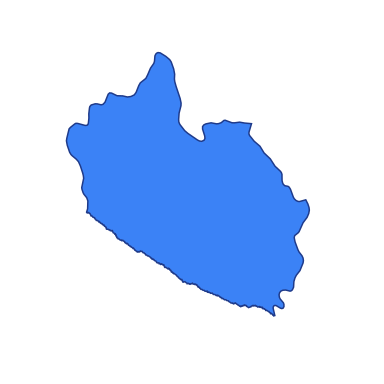 outline of La Laguna de Nisibón, La Altagracia, Dominican Republic, rotated 162°
{"feature_id": "3306468B28180088914928", "entity_name": "La Laguna de Nisibón", "entity_type": "district", "adm_level": 2, "iso_a3": "DOM", "parent_name": "Dominican Republic", "parent_adm1": "La Altagracia", "projection": "equal_earth", "projection_center": [-68.715, 18.868], "detail": "fine", "context": "isolated", "style": "filled", "palette": "blue", "viewbox_px": 384, "rotation_deg": 162, "n_neighbors": 0, "source": "geoboundaries", "source_scale": "gbopen_adm2", "svg_char_len": 5921}
<svg xmlns="http://www.w3.org/2000/svg" viewBox="0 0 384 384"><g transform="rotate(162 192 192)"><path d="M86.2,149.4L92.7,149.7L94.1,150.3L95.7,151.8L96.8,153.9L97.2,155.7L97.5,164.2L98.1,166.6L98.9,167.7L101.8,169.3L102.8,171.1L103.0,172.6L102.8,175.1L101.0,180.9L101.0,182.6L101.4,184.2L105.1,190.9L107.3,199.3L111.4,206.9L113.2,214.5L117.2,221.1L119.8,228.0L119.9,229.7L119.3,231.3L114.3,238.6L120.8,241.4L125.1,243.7L130.4,244.7L132.6,245.5L138.3,250.0L139.5,250.2L142.8,248.9L145.5,248.8L147.5,249.2L152.5,251.9L157.8,252.5L159.9,252.2L161.7,251.0L162.5,248.6L162.6,241.4L163.1,239.0L164.5,237.5L167.1,237.2L169.0,238.1L170.6,239.6L177.8,249.0L180.0,252.6L182.7,260.1L182.9,262.7L182.3,265.1L179.9,271.0L175.8,277.5L174.9,280.0L174.4,284.7L174.5,297.4L174.3,302.2L173.8,304.9L172.1,309.4L171.4,314.7L171.6,322.1L172.3,324.7L175.0,329.1L179.2,334.1L181.2,335.1L182.5,335.0L183.8,334.4L185.2,332.9L187.3,327.9L188.6,326.1L193.2,322.6L198.0,317.1L200.8,314.3L207.4,311.8L209.7,309.7L214.4,304.0L216.9,302.2L220.5,301.7L224.0,302.3L228.2,304.8L233.5,306.7L237.9,310.9L239.7,311.7L241.5,310.9L247.0,304.3L249.5,302.9L251.5,303.0L254.9,305.1L256.9,305.8L261.0,305.9L262.7,304.9L263.5,303.7L266.0,298.2L267.2,294.2L269.3,289.5L270.1,288.4L271.2,287.9L273.0,288.3L279.6,292.6L281.3,293.2L282.4,293.0L287.7,291.0L289.4,290.0L294.4,281.9L295.6,279.5L296.2,275.0L296.1,267.6L295.5,265.0L294.7,263.4L292.0,259.1L290.6,255.9L290.1,251.3L290.1,243.8L290.3,241.1L290.8,238.5L295.5,230.3L295.8,228.6L295.8,225.0L295.5,223.3L293.9,219.1L293.8,215.7L296.5,208.2L298.5,205.4L298.4,204.9L297.9,204.9L297.9,204.6L297.3,204.6L297.3,204.2L296.5,204.2L296.2,203.4L295.7,203.1L295.4,200.5L294.8,200.5L294.8,200.1L294.3,199.7L294.0,198.6L293.2,198.2L292.9,197.5L292.6,197.5L292.6,196.4L292.1,196.0L291.8,194.5L290.7,194.1L290.1,193.0L289.8,193.0L289.8,192.3L289.3,192.3L289.3,191.9L288.7,191.5L288.7,190.8L288.4,190.8L287.9,189.7L287.3,189.7L286.8,188.2L286.5,188.2L286.2,187.4L285.7,187.4L285.7,186.3L285.1,185.9L284.8,184.8L284.6,184.8L284.6,184.5L284.8,184.5L284.8,183.3L284.6,183.3L284.6,183.0L282.9,182.2L282.6,181.5L282.1,181.5L281.8,180.7L281.2,180.7L281.0,180.0L279.9,180.0L279.9,179.6L279.6,179.6L279.6,177.7L278.5,176.6L278.5,175.9L277.9,175.9L277.9,174.8L277.6,174.8L277.6,174.4L277.9,174.4L277.9,174.0L277.6,174.0L277.6,172.5L277.4,172.5L277.4,171.4L276.8,171.0L276.8,170.3L276.0,169.9L275.1,168.4L274.0,168.1L274.0,167.7L273.5,167.7L273.5,167.3L272.6,167.3L272.4,166.6L271.5,165.8L271.5,165.1L271.3,165.1L271.2,164.3L270.7,164.0L270.7,163.6L270.4,163.2L269.9,163.2L269.9,162.9L269.3,162.9L269.0,161.7L268.8,161.7L268.8,161.0L267.9,160.2L267.7,159.5L267.4,159.5L267.1,158.8L266.8,158.8L266.8,158.4L266.0,157.6L265.7,156.9L265.4,156.9L265.4,156.5L264.9,156.5L264.3,154.3L264.0,154.3L263.5,153.2L262.7,152.4L262.7,152.1L262.1,152.1L262.1,151.7L260.7,151.7L260.7,151.3L259.1,151.7L259.1,151.3L257.7,150.9L257.4,149.5L256.4,149.1L256.3,148.3L255.5,147.6L255.5,146.5L254.6,146.1L254.1,145.0L253.0,144.6L252.7,143.9L251.6,142.7L251.6,142.0L251.0,141.6L251.0,140.9L250.5,140.9L250.2,140.1L249.6,140.1L249.4,139.4L249.1,139.4L248.8,138.3L247.7,137.5L247.4,136.0L247.1,136.0L246.9,135.3L245.5,134.9L245.5,134.2L245.2,134.2L245.2,133.8L244.6,133.8L244.1,132.7L243.8,132.7L243.8,133.1L243.0,133.1L242.2,131.6L241.6,131.6L241.6,131.2L241.3,131.2L241.3,129.3L241.0,129.3L241.0,128.6L239.9,128.2L238.8,126.4L238.3,126.4L238.3,126.7L238.0,126.7L238.0,126.0L237.2,126.0L237.2,124.9L236.9,124.9L236.6,123.8L236.3,123.8L236.3,122.3L235.8,122.3L235.8,121.9L235.2,121.5L235.2,120.8L234.9,120.8L234.7,120.0L234.1,120.0L233.0,118.2L232.5,117.8L232.2,116.3L231.6,115.9L231.3,114.5L230.2,113.3L230.2,112.6L229.4,112.2L229.4,111.9L228.8,111.9L228.8,111.1L228.6,111.1L228.6,109.6L228.3,109.6L228.3,109.2L227.7,109.2L227.7,108.9L226.4,108.9L225.5,107.4L225.0,107.0L225.0,106.3L223.9,106.3L223.9,105.9L222.7,105.5L222.7,105.1L221.6,105.1L221.6,104.8L219.7,105.1L219.4,104.0L218.0,103.7L218.0,103.3L217.2,103.3L216.9,102.5L216.4,102.5L216.4,102.2L216.1,102.2L215.8,100.3L215.5,100.3L215.5,99.9L215.0,99.9L215.0,99.2L214.4,98.8L214.4,98.1L213.9,97.7L213.6,96.6L212.5,96.2L211.9,95.1L210.8,94.7L210.3,93.6L208.9,93.2L208.9,92.9L208.1,92.9L208.1,92.1L207.8,92.1L207.8,91.7L206.7,91.4L206.7,91.0L205.8,90.6L205.6,89.9L203.9,89.5L203.4,88.0L201.7,87.3L201.1,86.2L200.3,86.2L200.3,85.8L199.8,85.8L199.8,85.4L198.9,85.4L198.6,84.7L197.8,83.9L197.8,83.2L197.0,82.8L197.0,82.4L196.4,82.1L196.4,81.3L195.3,81.0L194.5,79.5L193.1,79.1L192.5,78.0L190.9,77.2L190.9,76.5L189.5,75.0L189.2,74.3L187.8,73.9L187.8,73.5L187.0,73.1L187.0,72.8L186.7,72.8L186.7,73.1L185.3,73.1L185.3,72.8L184.8,72.8L184.2,71.6L183.4,70.9L183.4,70.5L182.6,69.8L182.0,68.7L181.5,68.7L181.2,67.9L180.1,67.9L180.1,68.3L179.5,68.3L179.5,67.9L178.7,67.9L178.7,68.3L177.0,68.3L177.0,67.9L176.5,67.9L176.5,67.6L175.4,67.2L175.4,66.4L175.1,66.4L174.0,64.6L171.5,64.6L171.5,64.9L169.3,65.3L169.3,64.9L168.4,64.9L168.4,64.6L167.0,64.6L167.0,64.2L166.5,64.2L166.2,63.5L165.7,63.5L165.1,62.3L163.7,62.3L163.7,62.0L163.2,62.0L163.2,61.6L162.6,61.6L162.6,61.2L161.5,60.9L161.5,60.5L160.7,60.5L160.7,59.4L160.4,59.4L160.4,59.0L159.3,58.6L159.3,58.2L158.5,57.5L158.5,56.8L158.2,56.8L158.2,56.4L157.1,56.0L156.2,54.5L155.7,54.5L155.4,53.4L154.9,53.0L154.9,52.3L154.6,52.3L154.6,51.9L154.0,51.9L153.7,51.2L153.2,50.8L153.2,50.1L152.9,50.1L152.6,48.9L151.4,48.9L150.8,56.0L150.4,57.4L149.4,58.4L148.2,58.5L147.1,58.0L143.8,54.2L142.7,53.4L141.4,53.3L140.0,54.5L139.3,56.7L139.3,58.3L141.2,63.1L141.4,64.8L141.0,67.3L139.8,69.2L138.0,70.3L135.9,70.5L133.2,69.8L129.3,67.4L127.9,67.4L126.7,68.0L124.8,70.1L122.8,75.3L120.6,78.5L118.5,80.6L113.6,83.9L108.3,90.2L107.2,92.4L106.8,94.9L107.1,97.4L108.7,101.8L109.1,104.4L109.4,112.8L108.9,117.0L107.8,118.8L103.6,120.4L102.4,121.2L95.9,128.4L90.4,132.3L87.7,135.4L86.0,138.5L85.5,141.1L85.5,144.8L86.2,149.4Z" fill="#3b82f6" stroke="#1e3a8a" stroke-width="1.5"/></g></svg>